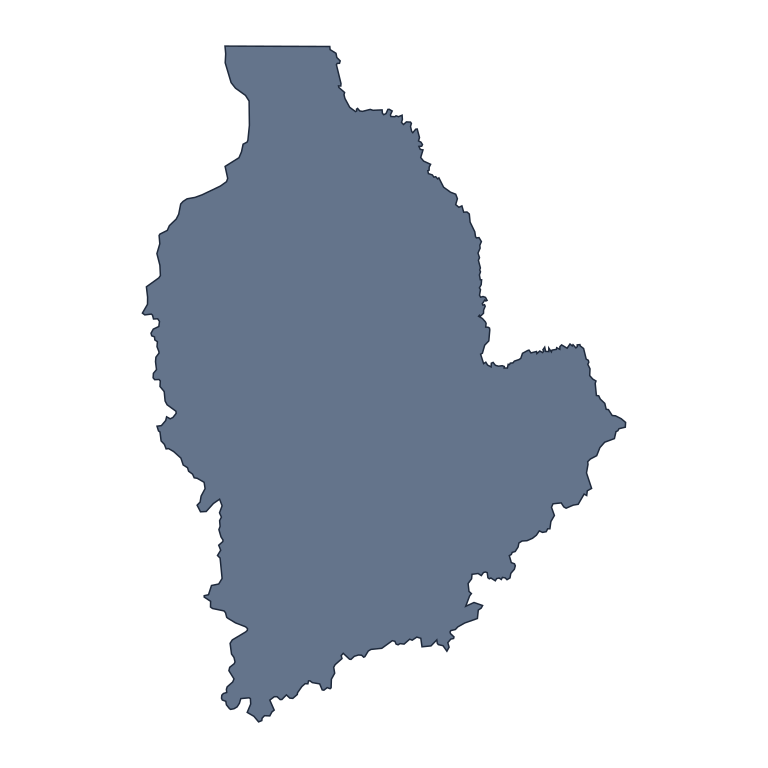 Uruará, Pará, Brazil (Natural Earth projection)
{"feature_id": "56859067B7583644693749", "entity_name": "Uruará", "entity_type": "district", "adm_level": 2, "iso_a3": "BRA", "parent_name": "Brazil", "parent_adm1": "Pará", "projection": "natural_earth1", "projection_center": [-53.819, -3.577], "detail": "fine", "context": "isolated", "style": "filled", "palette": "slate", "viewbox_px": 768, "rotation_deg": 0, "n_neighbors": 0, "source": "geoboundaries", "source_scale": "gbopen_adm2", "svg_char_len": 6099}
<svg xmlns="http://www.w3.org/2000/svg" viewBox="0 0 768 768"><path d="M616.0,431.6L617.8,430.8L619.0,428.7L625.3,427.2L625.6,422.4L621.2,418.7L615.5,415.8L612.2,415.5L608.4,409.6L606.2,409.3L604.8,403.4L600.3,399.1L598.7,395.8L596.4,395.5L595.2,383.4L596.0,381.0L592.8,379.1L589.7,375.6L590.0,368.8L587.8,364.3L588.8,362.3L588.3,360.3L586.2,359.1L583.6,348.5L580.3,346.0L579.9,344.6L577.2,344.9L577.3,346.6L575.9,347.9L573.0,344.7L572.2,345.9L570.0,344.0L567.1,348.2L561.6,344.9L559.9,346.6L559.8,349.3L556.7,347.7L556.3,349.4L552.0,350.1L551.4,351.9L548.8,348.1L548.8,351.6L545.6,351.4L544.7,347.2L542.9,349.8L543.7,351.1L542.6,352.6L539.8,351.0L536.9,353.6L536.5,351.5L530.9,352.9L529.0,350.1L527.7,350.5L522.5,353.3L520.8,358.3L519.1,359.5L514.4,361.1L512.9,362.9L510.3,363.1L509.5,364.6L508.2,364.3L507.4,368.0L504.1,368.0L504.3,366.5L502.2,365.7L498.5,366.2L495.4,365.3L493.1,362.4L491.3,363.2L491.1,366.9L487.6,365.1L485.8,362.2L483.6,363.6L480.6,354.2L482.4,353.2L484.7,345.2L488.8,340.9L489.8,329.9L489.5,328.1L488.2,327.3L485.7,327.1L486.1,323.4L485.4,321.9L482.4,318.5L478.6,316.3L479.5,315.2L480.5,316.2L483.5,313.3L483.6,310.1L485.2,306.2L484.5,304.7L483.0,305.2L482.3,303.7L484.8,300.1L485.8,301.0L487.1,300.4L485.5,297.4L483.0,296.5L480.6,297.2L479.5,295.2L480.5,289.6L479.4,287.9L481.2,284.7L481.6,279.8L480.3,279.8L479.4,274.9L480.5,271.8L479.7,269.9L480.4,268.0L478.4,260.3L479.5,257.7L478.0,253.1L480.1,248.2L479.8,245.3L481.4,241.6L479.0,237.6L476.4,237.9L475.5,236.6L474.8,231.8L470.1,222.1L469.3,214.0L467.0,212.0L463.7,212.2L461.9,205.9L458.9,207.3L455.7,204.6L457.4,198.7L455.7,194.2L450.5,192.2L443.6,187.2L438.9,177.9L437.7,178.9L435.7,176.7L433.9,177.1L432.3,174.9L428.4,173.6L427.8,170.7L429.1,170.2L429.2,167.1L430.6,164.3L423.6,161.1L420.7,157.5L423.0,149.9L420.3,149.4L418.9,146.4L421.7,146.2L422.5,144.6L421.0,142.2L418.5,140.9L419.5,137.6L417.2,129.0L415.7,129.2L412.8,132.7L411.7,131.5L410.5,126.5L411.4,123.4L410.5,122.1L406.4,121.9L403.5,124.5L401.5,122.4L402.4,119.5L402.1,115.2L398.5,116.7L396.0,115.8L394.9,116.7L390.9,116.5L390.4,114.9L392.2,111.0L389.2,109.3L387.9,109.4L386.0,113.6L383.7,114.7L382.4,113.2L382.1,109.9L373.0,110.3L370.2,109.4L362.4,111.4L359.7,110.9L357.6,108.4L356.5,109.2L356.7,110.9L355.5,111.6L349.7,107.3L344.9,98.4L344.0,94.7L344.6,92.5L338.8,87.4L338.5,85.9L340.8,86.0L341.0,83.6L336.4,64.7L337.2,63.4L339.5,63.3L340.2,60.9L336.8,57.5L336.0,53.3L330.1,49.6L329.8,46.5L225.0,46.1L225.7,53.9L225.2,62.8L231.1,82.6L235.5,88.2L245.5,95.4L249.1,101.1L249.4,125.4L247.9,140.2L247.1,142.1L243.1,144.2L241.5,151.8L239.0,157.7L225.1,166.4L227.7,178.4L226.5,181.7L220.3,186.1L202.1,194.8L195.0,197.4L187.1,198.8L183.1,201.4L180.7,204.0L178.7,214.2L176.2,219.1L169.4,225.6L167.3,230.4L159.9,234.1L159.1,235.5L159.8,243.8L156.9,253.6L159.9,265.3L160.4,275.6L158.8,277.9L146.4,286.8L147.6,297.2L147.5,304.3L142.4,313.1L144.8,314.9L151.3,314.1L152.5,315.1L153.5,319.0L157.7,318.8L159.5,321.5L158.8,326.5L153.3,329.1L151.0,333.2L151.7,335.8L154.5,336.9L154.8,339.9L157.4,341.7L157.0,346.7L158.9,351.6L159.0,353.1L155.9,357.2L155.5,361.7L156.5,369.6L153.4,373.3L153.1,377.8L154.7,379.7L159.0,379.5L160.3,380.9L160.0,386.5L164.2,391.6L165.1,401.0L167.1,404.8L175.9,411.2L176.2,413.3L172.9,417.5L170.2,418.8L166.6,416.8L165.7,420.5L161.4,425.6L157.0,426.2L158.5,430.9L160.0,432.0L161.1,440.9L164.4,444.4L166.1,448.9L168.6,448.6L173.7,451.6L180.9,458.1L183.2,465.0L187.5,467.7L188.6,471.2L192.6,474.2L194.2,477.8L197.2,478.3L204.1,482.3L205.1,488.6L201.1,496.1L200.1,502.1L197.1,505.2L200.5,511.8L206.2,511.5L213.4,503.5L219.6,499.2L222.1,505.8L219.5,512.8L221.4,517.1L219.6,520.6L220.1,526.3L218.9,529.6L221.0,536.9L223.0,540.0L222.8,541.6L218.7,545.2L220.7,550.2L217.5,555.5L220.1,558.1L222.1,578.5L218.7,584.0L211.5,585.5L208.5,594.7L204.2,595.7L204.2,597.1L210.6,601.3L210.5,607.0L212.5,608.5L224.0,610.9L225.5,612.7L226.7,617.3L227.9,618.3L235.5,622.9L245.6,626.8L247.5,628.6L247.3,630.4L245.7,631.9L232.3,639.9L230.1,643.3L231.5,654.0L234.0,657.5L235.0,661.9L234.2,663.7L229.7,667.3L228.9,670.7L234.0,678.9L232.7,682.0L227.2,686.8L226.4,689.3L226.7,692.5L223.4,693.5L221.8,695.2L221.5,698.2L222.3,700.0L225.8,701.3L226.4,704.8L229.5,708.7L230.6,709.4L234.1,708.7L237.1,706.9L239.4,703.3L240.8,698.6L249.1,697.8L250.4,698.6L250.7,704.0L247.2,712.4L253.9,716.3L258.6,721.9L261.8,720.6L262.1,718.2L264.5,715.7L269.8,715.9L271.9,712.0L274.2,710.1L269.8,700.1L274.3,696.7L277.1,696.7L280.2,699.6L281.9,699.5L286.4,694.9L289.8,698.1L292.8,698.4L297.3,694.5L297.5,692.8L301.9,686.5L305.1,683.7L307.9,683.8L308.5,680.9L309.9,680.8L312.3,682.6L319.7,683.9L322.2,689.9L323.9,690.2L327.2,687.6L330.1,688.7L331.1,687.8L331.4,679.2L334.7,673.2L333.7,667.3L335.1,664.7L342.0,658.6L341.2,655.6L343.2,653.3L349.5,659.2L351.0,659.4L354.3,656.3L358.5,655.0L361.6,655.2L363.7,657.2L364.9,656.6L368.3,651.0L371.0,649.4L381.8,648.3L392.3,640.7L394.9,641.3L396.1,644.1L398.1,644.8L400.0,643.6L404.1,644.1L409.7,639.2L412.2,640.2L416.8,637.1L420.8,638.3L422.0,646.8L431.0,645.9L436.8,639.9L437.3,643.3L438.3,644.6L443.0,645.7L446.9,651.2L449.1,647.2L447.8,642.7L450.8,639.1L453.6,638.5L454.0,636.9L450.5,633.6L450.0,632.0L450.8,630.6L455.4,629.5L457.8,626.9L464.7,623.0L477.4,618.5L478.3,610.1L481.2,608.1L482.6,605.5L474.0,602.5L465.7,606.3L469.7,595.7L471.4,593.6L469.0,591.4L468.1,583.5L471.6,578.8L472.0,574.3L478.1,573.5L481.3,575.6L483.5,572.5L485.5,572.0L487.2,572.6L487.9,577.7L489.3,578.8L490.9,578.0L495.3,580.8L496.6,578.6L499.1,578.0L501.3,579.5L502.4,577.4L505.2,577.9L507.0,579.7L510.0,577.9L510.8,573.4L514.4,569.2L515.3,565.8L514.5,563.8L511.3,562.6L509.3,555.6L511.3,554.5L512.2,552.4L515.2,551.5L518.1,547.0L518.9,543.0L522.1,541.0L527.0,540.7L532.5,538.3L536.4,535.2L539.3,530.9L542.5,532.4L546.2,531.7L547.7,528.8L549.9,528.8L550.9,521.5L554.4,515.5L551.5,507.3L553.0,503.8L561.2,502.9L563.8,506.9L566.1,508.2L573.3,505.1L578.2,504.3L584.1,494.1L586.7,495.5L587.3,490.8L591.6,488.4L586.5,472.9L588.0,464.4L587.7,461.7L590.4,459.0L596.7,455.7L599.9,447.6L604.7,442.2L614.4,438.6L616.0,431.6Z" fill="#64748b" stroke="#1e293b" stroke-width="1.5"/></svg>